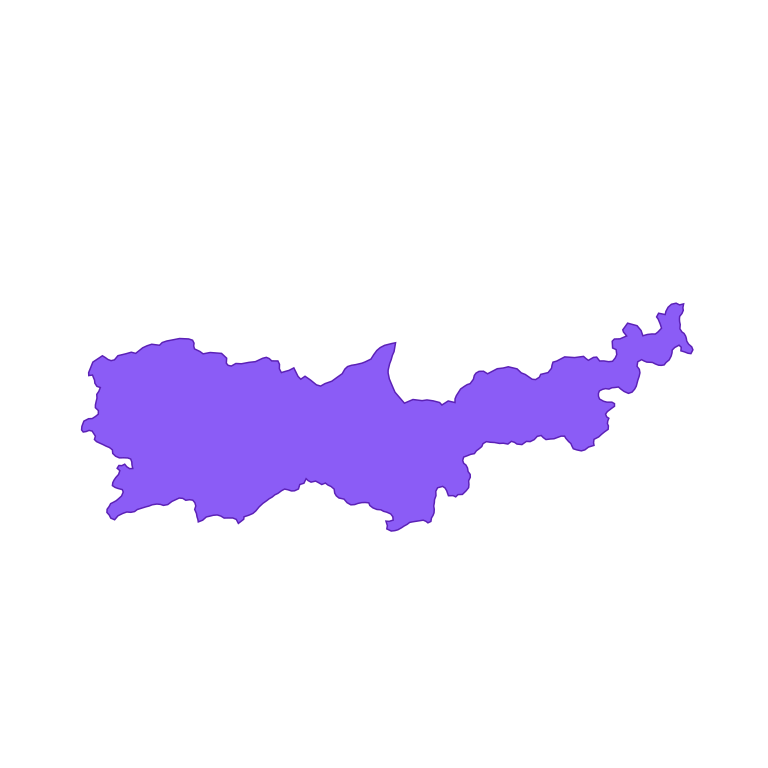 outline of Baixo Guandu, Espírito Santo, Brazil, rotated 65°
{"feature_id": "56859067B51153386357436", "entity_name": "Baixo Guandu", "entity_type": "district", "adm_level": 2, "iso_a3": "BRA", "parent_name": "Brazil", "parent_adm1": "Espírito Santo", "projection": "equal_earth", "projection_center": [-40.958, -19.514], "detail": "fine", "context": "isolated", "style": "filled", "palette": "violet", "viewbox_px": 768, "rotation_deg": 65, "n_neighbors": 0, "source": "geoboundaries", "source_scale": "gbopen_adm2", "svg_char_len": 5915}
<svg xmlns="http://www.w3.org/2000/svg" viewBox="0 0 768 768"><g transform="rotate(65 384 384)"><path d="M251.6,648.0L252.7,644.4L255.3,644.6L258.1,644.7L261.1,645.7L264.8,645.2L267.3,642.6L270.1,645.5L272.0,648.7L275.5,650.1L278.5,652.5L281.0,654.4L283.5,655.6L287.4,654.1L290.6,655.7L291.5,659.3L292.0,663.1L290.6,666.4L290.8,671.7L294.7,675.7L297.8,677.5L300.4,676.9L301.2,674.1L301.4,670.9L303.3,668.4L306.5,668.0L309.3,667.6L311.9,669.9L314.7,668.9L317.9,666.2L320.1,664.3L322.8,662.2L325.5,659.7L328.9,658.0L332.3,659.2L336.0,657.8L339.1,655.1L340.8,651.2L342.7,647.5L344.9,645.3L348.0,645.5L350.8,646.6L354.4,647.4L353.2,650.3L350.3,652.1L347.1,652.9L347.2,656.1L345.8,658.7L347.6,661.5L350.9,660.0L353.8,662.8L355.4,666.6L357.0,669.3L358.8,671.5L361.3,673.1L364.0,671.5L366.2,669.3L369.1,665.8L371.7,666.0L374.6,669.2L375.8,673.1L376.6,676.1L376.8,679.2L376.9,682.3L378.8,684.8L380.5,687.9L383.3,689.4L386.7,688.4L390.1,688.3L393.2,685.5L391.0,680.7L390.9,675.4L391.3,671.2L393.3,667.7L394.2,664.0L393.5,660.6L394.1,656.1L394.7,651.7L395.3,648.5L395.5,645.1L396.8,640.6L398.6,637.5L400.8,635.2L401.9,630.9L400.8,625.8L400.8,621.2L400.8,617.8L402.6,614.7L405.6,612.8L406.7,609.1L408.5,606.4L411.6,605.6L415.0,606.1L417.7,608.6L422.1,608.7L425.4,609.6L428.0,609.9L430.5,610.6L430.8,605.9L429.4,601.2L430.1,598.0L430.8,594.3L432.2,590.5L434.7,587.7L437.9,585.6L439.7,581.5L441.5,577.7L444.3,575.1L448.8,574.9L447.3,568.3L445.2,567.0L445.8,561.9L445.9,557.5L444.9,553.9L442.6,549.1L441.0,544.2L440.2,539.7L439.5,536.7L439.2,533.1L438.3,529.7L438.3,526.4L437.4,521.9L437.2,518.5L439.4,515.6L441.8,513.1L443.0,510.2L443.0,505.9L439.5,502.8L440.1,498.5L436.9,494.6L439.5,493.6L442.1,491.6L443.1,487.0L445.9,484.9L448.8,482.9L449.0,479.0L451.9,477.5L454.5,475.3L458.2,473.6L462.1,474.8L465.2,474.5L468.3,473.0L471.4,468.9L476.0,467.6L479.5,465.1L480.9,461.5L481.2,458.1L482.1,454.3L483.5,451.0L485.3,448.0L488.1,448.2L491.6,446.4L494.7,443.5L496.7,440.0L499.2,438.2L501.3,435.7L504.6,432.8L508.0,432.1L511.2,433.2L510.7,437.3L509.1,440.2L513.8,440.8L516.5,442.7L520.3,439.6L521.5,436.1L522.0,433.0L521.7,428.9L521.2,425.7L521.0,422.4L520.3,419.2L521.1,416.0L522.4,411.5L524.0,406.0L526.2,404.0L528.4,402.9L528.4,399.6L525.5,397.6L523.8,395.1L521.9,393.1L518.8,391.4L515.6,390.5L512.8,388.5L510.2,387.1L507.2,384.1L503.1,382.4L500.7,379.3L501.6,374.1L504.1,372.6L507.3,372.3L510.1,372.6L512.5,372.8L514.4,368.5L516.6,366.7L515.5,363.7L517.2,359.6L515.5,354.7L513.7,351.1L511.0,349.5L507.5,348.2L505.0,345.2L502.3,344.1L498.9,344.8L495.4,343.8L492.0,344.0L489.6,345.3L486.6,345.0L483.9,342.7L484.2,338.9L484.4,335.1L485.3,331.5L483.6,328.5L482.8,324.7L482.0,321.8L479.9,319.5L479.5,315.6L481.7,312.3L483.7,308.6L486.7,304.4L488.1,300.9L490.8,297.1L489.8,292.8L492.0,290.4L494.6,288.9L497.2,284.6L496.2,279.2L498.0,275.9L497.9,271.4L496.2,267.2L497.1,263.3L499.9,262.3L502.8,260.7L504.1,256.6L505.5,253.0L505.8,249.0L506.1,245.5L507.6,242.4L510.0,242.2L514.2,241.0L516.9,239.8L519.5,239.9L522.7,239.8L525.2,237.1L528.0,233.4L528.6,229.8L527.6,225.3L528.4,219.6L525.8,218.9L522.9,217.1L522.7,211.8L521.5,208.0L520.6,204.4L519.8,200.0L516.8,198.3L514.4,198.3L512.0,196.8L510.1,194.7L507.8,196.1L504.9,195.9L503.4,193.2L502.3,188.2L501.6,184.5L499.2,183.4L496.8,185.1L494.7,189.6L492.4,192.3L488.7,195.0L485.7,194.8L483.1,193.6L481.3,191.7L481.2,188.1L481.8,185.2L483.7,182.2L483.7,179.1L484.8,176.1L485.8,172.8L488.9,171.4L492.3,169.5L495.8,166.4L496.2,162.6L494.6,159.0L492.6,156.3L487.9,152.4L485.0,149.6L482.0,147.3L478.6,146.4L474.9,147.2L471.1,144.7L470.8,140.2L472.8,138.8L475.2,136.6L477.9,131.6L480.4,129.7L483.0,127.2L484.3,124.8L485.1,122.0L483.7,119.3L482.7,115.4L480.0,111.9L477.5,109.8L475.1,108.5L473.8,105.2L473.5,100.2L476.3,99.1L479.4,100.9L481.8,98.2L484.6,95.5L486.2,93.0L483.6,89.6L480.4,89.4L476.6,91.1L473.1,91.5L470.3,90.7L468.0,90.4L465.0,90.7L462.7,92.0L459.0,92.5L455.3,90.4L452.6,89.8L450.2,88.9L447.7,87.5L446.0,84.1L443.7,81.6L441.2,80.9L438.0,78.6L437.2,82.7L434.2,85.1L433.2,89.8L434.5,94.1L437.3,97.8L439.9,99.8L435.9,105.2L438.4,108.6L441.0,108.1L446.4,108.3L450.7,108.9L452.7,113.9L453.4,117.0L451.9,120.0L450.4,124.4L449.7,129.0L444.2,128.4L438.1,130.0L431.8,137.5L434.0,141.4L435.8,144.7L438.1,145.0L443.0,143.8L442.8,151.1L440.6,156.2L441.7,159.1L448.0,161.6L450.9,159.1L455.7,160.6L458.1,163.4L460.0,167.3L458.7,171.0L456.0,175.0L454.3,178.8L449.5,179.9L448.4,182.9L448.9,188.8L446.3,190.2L443.3,191.5L440.6,200.1L435.8,208.8L436.2,217.9L435.6,221.6L438.0,223.8L440.5,225.5L443.0,230.5L441.5,237.9L443.5,240.3L444.1,244.7L442.3,247.7L435.1,251.9L431.9,254.9L426.5,257.0L420.9,264.1L419.9,269.2L418.0,274.9L418.5,285.8L414.5,288.4L412.7,292.5L413.0,296.0L414.4,298.5L417.5,301.0L420.1,305.8L419.7,308.8L420.1,312.2L420.9,316.7L425.1,323.3L427.5,325.9L430.8,327.5L426.5,333.0L427.5,340.4L424.3,341.4L420.0,346.6L416.6,351.8L415.2,356.5L410.3,364.3L410.0,373.6L396.1,377.5L391.5,377.4L386.2,377.2L381.6,377.0L375.7,375.6L373.2,374.4L368.0,370.3L365.0,367.2L361.6,364.3L358.9,361.2L351.5,356.1L350.6,359.8L349.2,367.1L349.4,372.1L350.6,376.4L353.0,380.8L355.9,385.3L356.0,391.9L355.8,395.1L354.5,401.4L353.3,405.6L352.8,409.7L353.9,413.1L357.0,417.5L358.2,424.0L359.4,430.1L358.7,437.3L359.1,442.3L356.2,445.6L349.4,448.9L343.6,452.3L344.5,457.4L340.8,458.7L331.3,458.9L331.5,464.3L330.8,468.6L330.3,472.2L326.0,472.4L322.0,470.4L318.3,470.4L315.6,476.0L312.4,477.3L310.1,479.4L309.4,483.1L309.4,491.1L307.3,497.3L305.4,504.7L302.8,509.6L303.2,514.8L301.2,517.4L298.5,518.1L294.1,515.7L287.6,518.3L282.0,528.2L280.2,535.2L276.7,537.1L272.1,540.9L269.1,540.4L266.7,538.9L263.4,539.0L260.6,542.0L256.4,550.0L253.2,562.8L252.7,567.5L254.0,571.1L249.8,577.7L249.2,582.6L249.2,587.4L251.3,596.1L248.4,599.6L247.5,605.2L245.9,613.2L248.2,618.1L247.5,621.5L245.0,623.9L242.4,625.3L239.4,627.3L241.1,638.6L248.9,646.9L251.6,648.0Z" fill="#8b5cf6" stroke="#5b21b6" stroke-width="1.5"/></g></svg>